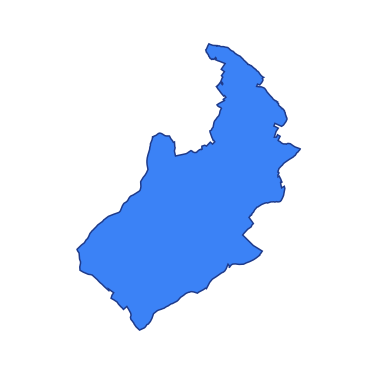 outline of Borsa, Cluj, Romania, rotated 111°
{"feature_id": "2599482B57968655519822", "entity_name": "Borsa", "entity_type": "district", "adm_level": 2, "iso_a3": "ROU", "parent_name": "Romania", "parent_adm1": "Cluj", "projection": "mercator", "projection_center": [23.623, 46.919], "detail": "fine", "context": "isolated", "style": "filled", "palette": "blue", "viewbox_px": 384, "rotation_deg": 111, "n_neighbors": 0, "source": "geoboundaries", "source_scale": "gbopen_adm2", "svg_char_len": 5960}
<svg xmlns="http://www.w3.org/2000/svg" viewBox="0 0 384 384"><g transform="rotate(111 192 192)"><path d="M305.2,268.5L305.8,264.7L306.0,259.3L305.4,256.9L305.3,255.3L306.0,253.6L306.7,251.7L306.9,251.3L307.7,249.1L308.7,247.2L309.7,245.0L310.3,243.1L311.8,239.8L313.9,234.3L313.1,234.4L312.5,234.9L314.1,229.0L316.9,229.7L320.2,229.5L320.8,225.7L321.6,222.4L323.0,220.5L324.7,217.1L325.2,215.7L326.2,213.9L322.2,211.8L324.4,208.9L327.1,205.8L328.9,204.7L331.0,204.6L332.8,203.4L333.4,202.4L333.6,201.8L334.2,201.1L335.0,199.6L335.9,198.8L337.9,195.9L339.7,191.5L335.8,187.7L334.4,187.1L332.0,186.6L331.8,186.5L331.2,185.7L330.3,185.2L329.1,185.0L328.1,184.5L324.3,184.1L319.4,184.3L315.3,181.9L314.3,181.0L312.3,178.5L311.2,177.4L310.7,176.6L308.2,174.8L306.7,173.3L305.3,172.4L303.7,171.2L303.2,170.3L301.1,168.5L299.5,167.0L298.0,166.2L294.4,164.9L291.4,162.8L289.1,161.5L288.0,160.5L286.8,159.2L286.4,158.4L285.6,157.6L285.1,156.5L284.7,154.6L284.5,150.7L282.9,149.7L279.0,146.3L277.0,145.0L277.1,143.9L270.1,143.1L266.4,141.9L265.7,141.5L262.3,139.0L256.9,135.4L255.5,134.0L253.9,133.1L251.4,132.6L246.5,132.5L247.5,130.8L248.5,130.4L249.4,130.2L246.5,129.4L245.4,128.8L244.7,128.1L243.6,125.8L242.7,122.0L240.9,118.0L240.2,117.3L238.6,115.8L236.4,113.3L233.3,110.4L230.7,108.5L226.7,106.1L226.4,106.4L224.6,105.8L222.0,105.2L220.0,115.6L214.0,129.3L212.0,128.7L206.7,126.6L203.7,124.5L203.0,124.2L202.4,124.3L201.3,124.2L199.5,123.4L198.7,124.5L195.3,129.7L193.2,128.9L192.9,129.1L192.3,128.2L191.4,128.1L190.7,128.3L188.7,127.4L186.1,127.1L184.1,126.3L183.1,126.1L182.3,125.1L180.8,124.1L179.7,123.2L178.9,122.7L176.5,120.2L175.5,118.9L175.3,118.6L175.3,117.9L175.2,117.5L172.9,114.7L172.3,113.1L171.8,112.3L171.8,111.4L171.3,110.4L170.7,109.7L170.5,108.4L170.1,107.4L169.1,106.2L167.9,105.7L165.5,105.4L162.4,105.3L155.4,106.6L153.6,107.9L156.0,109.8L153.4,111.6L151.4,112.7L150.9,111.9L150.7,112.3L150.3,112.6L150.1,112.6L149.9,112.2L148.9,113.3L148.5,113.4L145.9,116.3L147.0,117.1L145.4,117.9L143.8,117.6L143.0,117.7L142.6,118.0L142.6,119.0L142.0,119.0L141.3,119.2L139.8,119.1L139.1,119.3L135.9,118.0L134.4,117.2L132.7,116.8L131.3,116.0L126.9,113.0L123.0,110.0L121.4,109.3L120.9,108.8L117.8,108.2L116.6,107.4L115.1,107.0L114.0,106.5L113.0,106.4L112.9,106.7L113.0,111.8L112.7,113.6L111.8,117.1L111.7,117.7L112.2,119.7L112.7,120.5L113.6,121.1L113.6,122.0L114.3,123.7L114.3,124.9L114.1,126.2L113.4,127.9L113.2,129.6L113.0,130.1L108.4,129.7L107.9,132.7L110.5,132.8L111.3,134.8L105.3,135.2L101.5,134.3L101.1,137.8L101.1,139.2L98.2,139.2L98.6,131.9L96.7,130.6L92.6,129.5L90.1,129.4L89.7,129.5L88.4,130.4L88.3,130.8L87.4,131.3L87.3,131.6L85.3,133.1L84.6,133.4L83.4,134.8L82.9,134.9L82.7,135.5L82.4,135.8L81.8,137.0L82.0,137.7L81.5,137.9L81.3,139.2L80.8,139.7L80.6,140.8L79.9,142.3L79.3,142.6L78.6,142.8L77.9,144.5L77.3,144.3L76.7,146.7L77.0,147.0L76.1,149.7L75.5,150.5L74.9,151.6L74.0,153.6L71.6,158.0L70.4,159.4L69.3,161.2L69.0,162.2L69.0,165.0L69.7,166.9L70.3,169.5L67.8,169.5L67.8,167.1L67.4,167.1L65.2,166.2L62.7,165.8L62.0,165.9L61.8,166.0L60.7,167.1L59.3,166.2L59.3,166.3L59.2,167.1L58.6,169.0L57.4,171.1L56.3,172.6L55.8,173.6L55.5,175.3L54.8,176.1L54.5,177.2L54.5,177.5L54.2,177.9L54.1,178.9L53.8,179.4L53.7,179.7L53.3,180.7L52.8,182.0L53.0,182.6L52.6,183.9L52.8,184.5L52.6,185.2L52.8,185.7L52.3,186.0L52.2,186.5L51.8,187.1L51.5,187.6L51.5,188.2L51.1,188.7L50.3,190.9L49.3,192.6L48.9,193.8L48.1,195.4L48.0,195.8L47.7,199.0L47.3,200.4L47.2,201.3L46.4,202.9L46.2,203.7L45.9,204.2L46.0,205.0L45.8,206.2L45.4,207.6L44.9,208.5L44.3,210.4L44.4,210.9L44.8,212.8L45.0,214.8L45.9,217.1L45.8,219.0L46.8,221.0L46.3,221.0L47.6,225.0L47.7,228.1L47.6,229.3L49.8,229.6L53.2,229.7L54.5,230.1L55.1,229.4L56.1,229.0L56.1,228.6L57.4,227.1L57.8,226.1L59.1,225.1L59.6,224.2L60.3,223.6L60.7,222.9L60.6,222.4L61.2,221.5L61.2,221.0L61.0,220.7L60.5,220.5L60.5,220.3L60.4,219.2L60.3,218.9L59.7,219.0L59.1,218.5L58.0,218.2L58.5,217.3L59.8,217.3L60.1,217.2L60.1,216.2L60.2,215.3L60.2,214.2L60.1,213.8L60.1,211.9L60.2,207.1L67.0,208.7L68.0,204.9L72.8,206.2L73.7,204.5L75.3,204.7L78.3,204.7L79.0,203.0L79.6,202.3L80.0,202.5L80.3,202.0L80.9,202.2L80.0,203.7L79.5,204.9L82.8,205.8L82.9,206.0L83.5,206.4L84.1,206.3L84.3,206.6L84.9,206.4L85.0,206.7L87.0,203.9L87.3,203.0L87.8,202.4L89.3,200.1L91.1,196.8L90.3,196.2L91.4,194.3L94.3,196.0L95.0,194.5L100.0,198.8L101.7,199.9L102.2,199.2L102.5,198.6L102.8,197.3L102.8,196.5L103.0,195.2L103.3,194.8L103.4,194.5L106.4,194.8L109.0,194.3L111.2,194.3L113.4,195.2L114.8,195.5L117.7,196.4L119.2,196.4L124.2,195.5L124.9,195.9L125.9,196.1L127.1,196.0L128.5,197.2L128.8,197.0L129.4,196.8L134.0,192.9L134.8,192.0L136.0,191.0L136.3,190.6L136.0,190.2L137.0,188.7L139.9,190.0L138.9,192.8L143.9,194.9L143.8,196.9L145.7,199.2L146.8,198.8L148.3,197.9L149.0,198.5L148.7,198.7L148.8,198.9L149.9,200.2L152.5,201.7L153.2,201.8L153.6,202.2L154.3,204.0L154.3,204.8L154.2,205.9L153.9,206.1L153.7,207.8L156.2,209.6L157.2,210.2L158.4,211.3L164.3,220.3L160.6,222.8L159.8,223.2L156.8,223.6L155.7,224.4L151.6,226.3L152.2,226.9L152.3,227.2L151.2,228.5L149.8,230.9L147.8,233.1L148.4,234.8L148.8,235.8L149.0,236.8L149.1,237.4L148.4,241.0L148.4,242.4L148.7,243.5L149.5,244.4L151.9,245.8L153.6,247.6L154.5,248.0L154.6,248.6L155.7,248.3L157.6,248.0L161.9,248.1L163.5,247.5L165.1,247.4L167.6,246.8L173.3,246.4L176.3,246.0L178.9,245.3L180.7,244.6L182.6,243.7L186.7,241.2L190.5,241.4L193.2,241.9L195.9,242.8L200.4,243.6L200.9,243.6L205.1,241.7L206.8,241.3L209.1,241.1L210.3,241.7L215.8,245.8L217.6,247.6L218.7,248.2L220.1,248.6L223.1,249.0L224.7,249.7L226.9,251.4L227.5,251.6L229.6,252.0L235.1,252.1L235.7,252.2L236.9,252.7L237.6,253.3L240.9,257.2L244.7,261.3L249.5,264.3L251.6,265.0L256.4,268.1L259.6,269.3L261.4,270.2L262.3,270.4L263.8,271.3L267.3,272.4L270.5,272.5L272.9,272.8L274.7,273.7L278.0,274.3L281.1,276.2L286.7,278.8L287.8,277.9L289.5,275.5L295.0,272.9L297.0,271.1L298.6,270.5L302.2,269.9L305.2,268.5Z" fill="#3b82f6" stroke="#1e3a8a" stroke-width="1.5"/></g></svg>